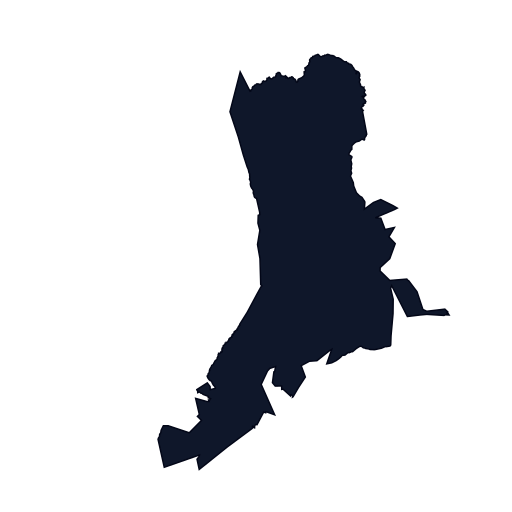 Súchil, Durango, Mexico (orthographic projection), rotated 158°
{"feature_id": "50627088B52283797196470", "entity_name": "Súchil", "entity_type": "district", "adm_level": 2, "iso_a3": "MEX", "parent_name": "Mexico", "parent_adm1": "Durango", "projection": "orthographic", "projection_center": [-104.169, 23.415], "detail": "fine", "context": "isolated", "style": "filled", "palette": "ink", "viewbox_px": 512, "rotation_deg": 158, "n_neighbors": 0, "source": "geoboundaries", "source_scale": "gbopen_adm2", "svg_char_len": 6085}
<svg xmlns="http://www.w3.org/2000/svg" viewBox="0 0 512 512"><g transform="rotate(158 256 256)"><path d="M230.8,129.5L225.8,128.6L220.9,129.0L217.9,129.7L215.2,130.6L213.8,131.4L213.1,131.5L210.6,130.8L207.0,132.0L205.8,131.4L203.4,131.5L202.3,131.1L197.8,132.6L194.3,133.3L193.0,133.2L192.0,132.7L190.9,130.7L189.7,130.0L188.9,129.1L186.4,127.7L185.3,126.6L181.1,124.7L174.2,123.5L170.0,123.6L169.4,123.2L166.4,122.5L165.5,122.4L165.0,122.5L164.4,123.1L160.7,131.4L150.6,151.1L145.0,164.5L143.3,175.6L141.3,177.7L138.3,143.2L125.8,139.8L119.5,137.9L104.0,130.5L102.3,130.5L99.1,129.0L99.5,131.3L99.8,130.5L100.4,130.5L100.5,131.7L99.5,131.8L99.1,132.3L100.8,136.0L118.4,140.8L121.3,143.9L120.1,162.5L123.7,175.9L124.5,176.8L124.8,178.1L141.1,183.2L146.6,195.7L145.2,198.8L133.0,203.4L122.3,215.3L125.6,224.0L117.0,230.6L126.4,232.2L126.1,244.3L131.1,246.8L110.3,247.2L107.1,247.5L110.3,251.6L119.2,261.6L127.1,261.6L138.0,258.8L135.0,264.9L134.8,265.8L135.8,270.7L137.5,272.9L139.2,277.0L139.2,284.3L138.3,287.6L138.5,294.5L138.0,295.3L136.3,296.9L136.1,299.5L134.5,301.7L134.2,303.3L132.7,305.6L132.1,309.6L130.1,311.6L129.9,312.1L130.0,312.5L131.8,314.9L131.8,315.9L128.5,318.5L127.2,319.0L125.9,322.2L125.2,322.7L122.6,323.8L121.1,324.2L120.1,324.3L117.2,323.9L114.4,324.6L113.7,324.5L112.6,323.3L112.1,323.0L111.7,323.3L111.4,324.2L110.5,325.2L108.7,326.3L108.4,327.2L107.7,327.4L103.2,349.6L102.8,350.4L102.0,350.9L102.7,351.8L102.6,352.7L103.3,352.9L103.3,353.1L101.9,354.8L101.5,355.0L100.9,354.7L99.5,355.5L100.1,356.4L99.5,357.0L97.3,356.8L96.9,357.7L96.3,358.0L96.3,358.3L96.6,358.7L96.4,359.7L97.1,360.6L97.2,363.1L97.9,364.1L97.6,364.3L96.8,364.2L96.1,363.1L95.8,363.1L95.2,363.8L94.1,363.8L93.8,364.6L94.5,366.4L94.4,367.3L92.8,368.8L93.3,370.9L92.7,372.1L93.4,372.1L94.2,372.5L94.3,373.4L95.1,373.8L95.4,374.2L94.9,375.9L95.1,377.9L94.7,379.0L93.4,380.5L93.7,382.7L92.3,384.0L92.4,384.7L91.8,385.4L91.8,387.4L92.3,388.6L92.8,389.1L94.4,387.6L94.8,387.4L95.0,387.6L94.1,388.6L93.8,389.9L93.9,390.4L94.8,391.3L95.0,392.1L95.0,393.4L95.7,395.8L95.6,396.6L96.4,398.3L98.1,399.2L97.9,399.9L99.1,400.9L99.5,402.3L100.8,402.7L101.7,403.5L103.5,406.7L105.2,408.8L107.6,410.0L108.7,412.1L109.6,412.8L109.7,413.1L110.6,413.3L111.3,414.0L111.9,414.1L113.1,415.5L114.2,416.2L116.1,416.0L117.0,416.5L117.9,416.1L119.2,416.5L120.2,416.2L121.1,416.5L121.9,417.1L122.7,419.4L123.2,419.8L124.8,419.7L126.0,419.9L126.6,419.4L128.6,419.8L128.8,419.7L129.1,418.9L129.5,418.7L130.6,419.1L131.0,418.6L132.2,418.2L132.7,417.9L133.0,417.4L133.0,416.4L133.3,416.2L133.6,415.6L134.3,415.4L135.6,413.4L136.1,413.1L136.9,413.1L137.7,412.5L140.3,412.0L140.6,409.5L141.3,408.9L141.3,408.4L142.4,408.7L143.4,405.7L144.1,405.1L146.7,404.2L150.4,404.1L151.2,403.5L151.8,402.2L153.0,401.7L153.5,402.3L153.3,403.7L153.6,405.2L154.0,405.8L155.0,406.3L154.7,407.3L155.5,408.7L156.0,408.8L156.5,408.4L157.8,408.8L158.2,408.3L158.9,408.7L159.8,408.4L160.2,408.8L160.0,409.8L160.2,410.0L161.6,409.9L161.7,410.1L160.7,411.2L161.3,412.2L162.2,411.9L162.7,412.0L165.3,413.8L165.1,414.7L165.3,416.7L165.6,417.3L166.2,417.4L166.7,417.9L167.7,417.4L168.5,417.5L169.0,417.3L169.3,416.4L170.0,415.9L170.2,415.2L171.0,414.7L172.7,415.1L174.5,414.4L175.5,414.3L176.6,415.9L176.6,416.8L176.9,416.9L178.3,416.4L179.3,416.6L179.9,415.1L181.5,414.4L182.8,414.8L183.6,415.6L185.0,414.9L185.3,413.9L185.7,413.7L186.6,413.9L187.2,413.1L188.5,413.7L188.8,414.3L190.5,415.2L191.1,415.3L192.1,414.7L193.2,414.9L194.6,414.1L195.4,414.2L196.3,413.6L197.1,412.0L198.4,411.9L198.9,411.6L199.1,410.9L199.8,410.9L201.7,432.6L226.1,399.5L227.8,372.9L229.9,354.5L230.8,342.1L230.7,339.3L231.3,335.7L231.1,335.0L231.2,334.1L231.5,333.8L232.4,330.8L233.3,329.7L233.1,327.9L233.5,325.9L234.3,325.0L234.7,322.8L234.6,320.7L234.2,319.6L234.0,318.1L234.1,316.9L234.8,315.9L235.1,314.6L234.9,313.8L235.3,312.4L235.3,311.1L234.7,309.9L233.9,309.3L236.2,295.3L237.0,292.9L238.7,292.9L241.9,285.7L242.8,278.4L250.3,266.1L253.3,252.1L262.3,227.8L261.7,226.1L262.2,226.1L269.6,220.1L285.3,207.0L296.8,198.7L296.8,197.9L297.7,197.7L298.1,197.5L298.1,197.1L298.7,197.1L299.6,196.3L300.4,195.2L301.0,195.3L301.1,194.5L301.7,194.7L302.4,194.4L302.8,194.4L303.7,193.6L304.0,194.1L304.5,193.9L304.4,193.6L304.6,193.2L305.1,193.2L305.9,192.1L306.7,192.2L306.8,191.5L307.7,191.8L307.9,191.6L308.0,190.8L308.7,190.5L308.8,189.9L309.2,190.1L309.8,189.6L310.6,189.8L311.5,189.5L311.6,188.7L312.0,188.7L312.1,189.1L312.4,189.0L312.8,187.9L313.1,187.6L313.7,187.7L314.5,186.8L315.1,186.7L316.1,187.2L317.0,186.2L317.4,186.5L317.7,185.7L320.0,185.1L320.7,183.8L321.4,183.6L321.4,182.9L322.1,182.9L322.8,181.7L323.2,180.5L323.0,180.2L323.3,179.9L324.7,180.2L325.0,179.8L324.8,179.6L326.0,179.2L327.1,179.8L327.4,179.2L328.0,178.8L328.3,177.9L329.2,176.9L329.1,176.7L330.3,176.0L330.4,175.3L331.2,174.6L332.9,174.3L335.5,172.2L336.2,171.4L338.0,171.1L339.2,169.8L341.2,168.4L341.9,167.5L341.7,167.3L342.2,166.9L343.2,165.3L344.3,164.9L344.9,164.1L344.9,163.6L345.2,163.3L346.3,163.0L346.3,161.0L345.8,158.9L345.1,157.5L344.2,156.8L344.1,154.0L343.8,151.9L343.3,151.0L343.1,149.7L343.0,149.0L343.3,148.5L348.5,149.2L347.5,152.2L348.7,156.6L361.0,154.3L361.1,154.0L360.5,153.4L361.2,151.1L359.6,151.2L359.0,150.5L358.6,149.6L357.6,148.9L356.9,147.5L352.7,143.6L353.4,142.5L351.5,140.7L352.6,139.9L353.9,140.3L354.0,138.7L356.0,139.4L365.3,146.6L367.9,130.3L370.4,129.2L368.1,124.0L384.1,117.1L401.0,131.5L405.5,133.3L409.3,129.9L410.5,127.8L412.1,126.8L413.1,124.8L414.7,123.7L415.5,122.7L420.2,94.5L382.9,92.7L383.7,91.5L386.8,89.7L388.6,79.4L353.9,89.8L324.3,97.5L322.8,98.4L323.4,100.1L322.4,99.1L322.0,97.4L321.7,97.2L320.8,99.1L319.5,99.9L318.3,99.2L307.4,108.4L305.7,107.0L305.0,107.9L298.2,101.8L299.3,135.0L288.4,145.1L285.3,146.6L279.2,146.2L282.1,141.7L282.8,141.9L288.2,132.4L286.9,128.2L280.9,125.9L282.1,122.7L280.8,122.4L276.5,113.5L275.9,114.5L275.1,114.2L274.7,112.0L275.0,111.5L274.4,111.6L265.7,118.3L255.6,125.3L255.2,137.4L245.9,138.4L238.7,136.1L222.5,140.9L220.7,141.1L230.8,129.5Z" fill="#0f172a" stroke="#020617" stroke-width="1.5"/></g></svg>